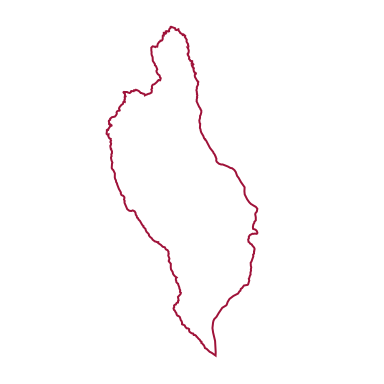 outline of Gisagara, Southern, Rwanda, rotated 145°
{"feature_id": "39286606B87181547360532", "entity_name": "Gisagara", "entity_type": "district", "adm_level": 2, "iso_a3": "RWA", "parent_name": "Rwanda", "parent_adm1": "Southern", "projection": "robinson", "projection_center": [29.795, -2.608], "detail": "fine", "context": "isolated", "style": "outline", "palette": "rose", "viewbox_px": 384, "rotation_deg": 145, "n_neighbors": 0, "source": "geoboundaries", "source_scale": "gbopen_adm2", "svg_char_len": 6069}
<svg xmlns="http://www.w3.org/2000/svg" viewBox="0 0 384 384"><g transform="rotate(145 192 192)"><path d="M199.1,84.1L195.9,86.6L195.2,88.4L194.7,88.5L192.3,90.4L191.4,90.7L190.5,92.3L188.7,93.8L188.2,94.8L186.6,96.4L186.2,97.7L184.5,100.4L183.2,100.9L178.7,104.1L177.9,105.6L176.5,106.0L175.2,107.9L174.7,108.0L174.3,108.7L173.4,109.4L173.0,110.8L173.3,114.0L173.1,114.6L174.0,116.5L173.9,117.8L174.3,118.7L173.2,120.9L171.9,121.5L171.1,122.8L169.3,123.5L166.3,123.1L165.6,122.4L164.2,121.8L163.3,120.8L162.4,120.6L161.7,121.3L161.3,123.1L161.6,124.7L163.1,126.8L162.2,128.4L160.3,130.3L158.7,131.0L158.0,131.8L156.0,132.2L154.2,134.8L153.0,137.5L152.2,138.2L150.1,138.8L148.1,140.8L148.2,143.0L150.6,148.4L151.0,150.8L151.0,154.5L150.2,159.8L148.6,162.6L146.2,165.7L146.2,172.1L145.7,176.7L145.8,179.3L144.7,183.3L144.7,185.7L145.5,188.4L146.8,189.8L148.0,192.3L151.1,197.0L152.4,197.9L153.7,199.7L154.4,202.5L154.2,203.7L152.8,205.5L152.7,206.7L152.2,207.6L152.3,208.6L151.9,209.5L152.0,211.7L151.7,212.5L152.0,217.8L150.9,226.2L151.2,227.0L150.9,227.7L151.2,227.9L151.2,229.3L150.6,231.4L150.3,235.4L149.7,237.3L149.1,238.4L148.8,239.9L146.1,243.3L146.1,244.3L144.9,246.5L143.0,248.0L141.7,249.8L140.7,250.2L138.6,252.0L137.6,253.5L137.7,254.8L137.3,255.5L137.3,257.8L136.2,263.7L135.7,264.1L135.4,264.8L133.5,266.5L133.5,267.0L132.1,268.2L132.0,269.1L131.5,269.5L131.2,270.5L130.7,271.0L130.0,272.9L128.5,274.1L128.0,275.1L125.3,276.6L124.7,277.9L123.7,278.5L123.6,279.0L124.0,279.8L123.6,284.5L122.9,285.9L121.9,286.8L121.4,286.5L120.7,287.0L121.4,288.4L121.1,289.1L121.3,289.6L120.5,291.5L119.6,292.2L119.8,292.6L119.6,292.9L119.8,293.3L119.5,293.4L119.7,295.0L119.6,295.4L119.2,295.4L119.2,295.8L118.5,295.5L117.7,295.8L118.2,297.1L117.9,297.2L118.0,297.6L118.3,297.8L117.8,298.3L117.3,298.3L116.8,299.1L118.1,300.4L117.9,301.3L118.1,302.8L117.0,303.9L116.8,306.7L116.5,306.7L116.2,307.7L115.6,307.7L115.5,308.0L114.6,308.4L113.6,309.6L113.0,311.2L112.8,313.0L112.4,312.7L111.8,312.9L111.2,313.6L111.1,314.6L110.4,315.3L110.3,317.8L110.0,318.7L109.0,319.7L108.9,323.1L108.0,323.7L108.1,324.3L108.5,325.7L109.1,325.4L109.6,325.8L109.6,327.5L110.4,328.8L110.2,330.3L110.4,331.7L109.8,333.1L111.8,333.5L112.5,334.4L111.9,335.8L114.4,339.4L114.8,339.5L115.4,338.7L116.6,338.7L118.2,337.6L118.6,336.8L119.3,337.0L120.4,338.3L121.2,338.6L121.9,337.1L122.9,336.8L123.2,337.0L123.1,338.2L123.8,338.6L125.3,336.4L125.9,336.9L126.3,336.8L128.3,334.1L129.3,333.5L130.1,333.4L131.0,334.1L131.6,333.7L133.1,333.7L135.3,332.8L137.1,331.0L138.3,331.9L139.0,331.8L139.4,332.6L140.7,333.9L142.5,333.6L144.3,331.0L144.8,329.8L145.8,328.6L146.4,327.4L146.9,325.1L148.9,321.9L149.0,318.1L149.7,317.1L149.3,315.8L150.1,312.4L151.7,311.6L152.2,310.4L152.4,308.2L151.7,306.1L152.5,304.1L152.3,303.2L154.0,301.8L155.2,302.9L155.7,302.5L156.4,302.7L157.8,302.2L160.9,301.9L162.7,302.4L164.1,301.7L164.6,301.1L165.1,299.9L166.5,299.3L166.8,298.0L168.1,296.7L170.3,296.9L171.6,297.5L173.5,297.8L173.8,298.1L175.2,298.2L174.9,299.2L175.1,300.1L176.0,300.9L176.5,302.0L177.2,302.5L177.5,304.8L178.4,306.7L179.0,307.2L179.3,307.9L180.2,307.8L181.0,308.6L181.9,308.0L183.8,309.5L184.2,309.5L184.7,308.9L186.2,308.8L187.4,310.2L187.8,311.1L190.5,313.1L190.9,313.0L191.0,312.3L190.7,310.7L191.9,309.1L191.5,308.6L191.6,308.3L192.8,308.3L193.6,306.6L194.3,306.4L194.8,305.9L195.1,304.6L195.4,304.3L195.9,305.1L196.6,305.1L198.0,303.8L200.0,303.8L202.8,303.0L203.8,302.4L204.4,300.3L204.7,300.2L205.3,300.8L207.2,301.0L208.2,300.4L208.7,299.2L210.3,298.4L212.0,298.0L214.7,299.2L217.0,299.0L217.6,298.1L219.1,298.1L219.6,297.6L220.2,296.1L221.0,295.3L220.9,294.5L220.2,294.5L220.0,294.1L219.6,292.8L219.8,292.5L221.5,292.7L224.1,291.7L225.0,291.0L225.5,291.6L226.2,291.6L227.1,290.3L228.6,288.7L228.4,287.5L227.3,287.1L228.6,285.6L228.9,283.5L228.1,282.1L228.7,281.6L228.9,280.4L230.2,279.8L230.3,278.3L231.4,277.1L232.2,276.9L232.9,275.9L233.6,274.3L233.5,273.9L233.9,273.7L234.0,273.3L233.9,272.5L234.3,271.1L235.5,269.5L236.4,269.2L237.5,267.3L238.3,267.0L238.8,266.4L239.8,264.1L240.4,261.6L241.1,261.3L244.0,257.7L244.2,255.9L243.9,255.2L244.5,251.5L246.9,248.2L247.5,246.6L247.6,245.3L248.4,243.7L248.5,242.0L248.9,241.3L250.1,236.5L250.5,232.5L251.2,231.6L251.5,229.9L250.5,228.3L250.4,226.5L250.8,225.8L252.0,224.9L252.3,223.2L252.9,222.8L253.5,221.7L254.9,215.1L254.1,212.6L252.7,211.3L251.1,210.9L250.1,209.1L250.2,207.4L251.1,205.6L251.0,204.3L251.7,202.5L251.2,201.4L251.6,200.2L251.2,198.2L251.6,194.3L251.6,192.6L251.3,192.0L251.8,191.3L251.3,188.3L251.7,187.6L252.1,185.6L251.6,182.6L251.7,181.8L252.2,181.1L252.1,179.3L251.5,177.2L251.6,175.5L250.7,172.7L250.1,172.2L249.6,171.2L248.4,170.3L249.0,169.5L247.8,166.5L247.4,164.0L246.0,162.3L246.3,160.3L246.1,159.5L245.4,158.5L245.5,156.5L246.3,155.6L246.5,154.7L247.5,154.0L247.9,153.5L248.7,150.4L249.9,149.3L250.2,149.3L250.8,148.5L250.5,145.4L252.6,142.5L253.6,140.6L253.7,137.7L254.5,135.7L254.5,134.4L254.3,132.7L253.6,130.7L254.5,130.6L254.9,130.3L255.7,129.2L255.8,128.4L256.5,127.2L256.4,126.0L256.0,124.8L256.4,124.1L257.1,121.2L257.7,120.1L258.0,118.3L259.2,117.0L258.9,115.8L260.1,114.9L263.7,114.1L265.2,110.8L265.9,110.8L266.9,109.5L267.8,109.9L268.7,109.8L269.8,109.1L270.9,109.5L271.8,109.3L272.7,107.8L273.8,107.4L274.4,105.8L274.1,105.0L274.4,102.5L274.3,101.8L274.9,100.4L274.9,99.2L274.7,98.7L274.2,98.4L273.7,96.5L274.7,93.4L274.6,92.2L275.0,90.8L276.0,89.5L275.9,89.0L275.2,88.3L274.5,86.8L274.8,85.6L274.6,83.4L273.6,82.7L273.1,81.7L273.0,81.3L273.9,80.1L274.2,78.9L273.4,76.6L272.2,75.3L272.6,73.9L271.5,73.0L271.1,71.8L271.3,71.0L271.0,70.3L270.8,67.9L270.4,66.6L270.6,65.0L270.1,64.0L270.9,63.1L270.4,62.0L270.5,60.9L270.2,60.1L270.4,58.3L270.9,56.7L270.0,55.2L269.2,51.0L268.1,49.0L266.5,44.5L264.4,47.3L258.5,56.8L255.4,64.6L253.3,68.8L249.8,72.8L248.4,74.1L246.7,75.1L243.5,75.7L239.6,77.5L233.6,79.8L229.1,79.5L228.3,79.7L225.8,81.5L222.6,82.9L217.7,83.1L212.5,82.4L210.2,83.4L209.0,83.4L207.6,84.6L206.0,84.6L203.1,85.6L199.9,84.1L199.1,84.1Z" fill="none" stroke="#9f1239" stroke-width="2"/></g></svg>